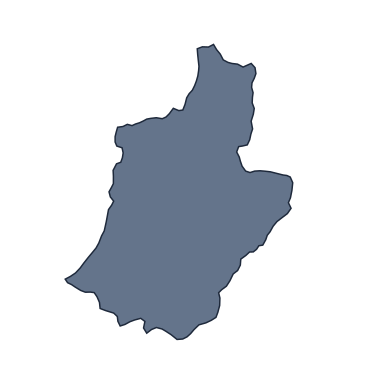 Congonhal, Minas Gerais, Brazil, rotated 15°
{"feature_id": "56859067B12775291475063", "entity_name": "Congonhal", "entity_type": "district", "adm_level": 2, "iso_a3": "BRA", "parent_name": "Brazil", "parent_adm1": "Minas Gerais", "projection": "natural_earth1", "projection_center": [-46.043, -22.132], "detail": "fine", "context": "isolated", "style": "filled", "palette": "slate", "viewbox_px": 384, "rotation_deg": 15, "n_neighbors": 0, "source": "geoboundaries", "source_scale": "gbopen_adm2", "svg_char_len": 2151}
<svg xmlns="http://www.w3.org/2000/svg" viewBox="0 0 384 384"><g transform="rotate(15 192 192)"><path d="M184.8,340.1L188.5,335.3L192.7,332.1L198.6,332.1L202.5,333.2L208.7,335.2L215.7,338.3L221.1,336.4L224.7,333.2L227.3,329.2L229.5,324.5L233.1,318.5L239.3,314.8L243.8,311.0L247.6,306.9L248.1,301.6L248.1,294.5L246.4,287.2L243.8,282.4L246.0,278.6L249.6,274.1L251.6,267.9L253.0,260.5L256.4,256.0L257.6,250.1L256.5,244.2L260.4,239.4L263.1,235.1L266.7,234.0L269.2,230.6L270.5,226.6L274.1,225.0L275.6,219.0L275.9,214.3L277.7,210.2L279.2,204.1L281.7,198.6L285.5,193.6L289.7,188.2L291.9,182.1L287.9,177.4L288.6,172.1L288.1,164.6L286.9,157.0L283.0,152.1L279.3,151.5L275.6,152.0L269.2,152.1L262.5,152.2L257.2,153.0L252.2,153.9L247.1,155.6L243.0,158.2L238.4,157.9L233.7,154.1L230.8,149.8L228.6,146.0L224.8,141.8L225.3,136.1L228.9,134.5L233.2,132.2L234.2,126.6L233.9,120.7L234.2,115.4L230.8,108.3L231.1,101.0L230.5,95.2L227.1,90.4L225.9,85.0L225.3,80.3L222.5,75.5L221.7,71.0L222.7,66.1L223.1,61.1L220.7,55.6L215.9,52.5L212.7,55.1L209.0,58.1L202.9,56.7L197.4,57.5L193.2,57.5L188.0,56.3L183.6,51.5L179.0,48.2L174.6,43.9L170.4,47.7L164.4,49.1L160.0,52.3L161.9,57.7L164.2,63.7L166.2,68.8L167.0,73.2L167.6,78.4L167.5,83.8L167.0,88.6L166.0,93.6L163.8,97.8L162.5,102.4L162.6,109.2L161.9,115.2L158.2,116.8L152.3,116.0L149.8,122.3L147.5,126.3L144.3,128.9L138.3,129.5L133.0,131.6L129.4,133.3L126.6,136.0L123.4,138.7L119.9,140.9L116.9,143.4L112.0,143.4L108.4,146.6L103.4,148.7L103.3,153.4L103.4,158.4L104.8,163.6L107.5,167.1L113.0,167.4L115.4,172.1L115.9,177.0L115.5,181.7L111.8,184.3L110.2,191.5L112.0,197.1L113.9,204.3L113.0,208.5L111.8,213.3L114.4,217.9L118.7,221.1L117.8,225.5L115.9,230.6L116.4,236.8L116.9,243.2L117.3,252.3L116.0,257.8L115.2,265.4L113.8,271.0L111.4,276.3L108.8,281.9L106.0,288.4L103.6,294.5L100.4,300.4L96.4,305.0L92.1,309.0L95.3,311.8L99.6,312.6L104.2,314.2L110.0,315.9L114.9,316.4L119.6,315.0L123.6,314.5L127.4,317.8L131.2,322.6L133.4,328.3L139.3,328.9L147.7,329.2L152.1,331.6L153.9,336.1L157.3,340.0L161.5,337.3L165.7,333.3L169.8,330.4L175.2,327.3L180.0,329.2L180.4,335.9L184.8,340.1Z" fill="#64748b" stroke="#1e293b" stroke-width="1.5"/></g></svg>